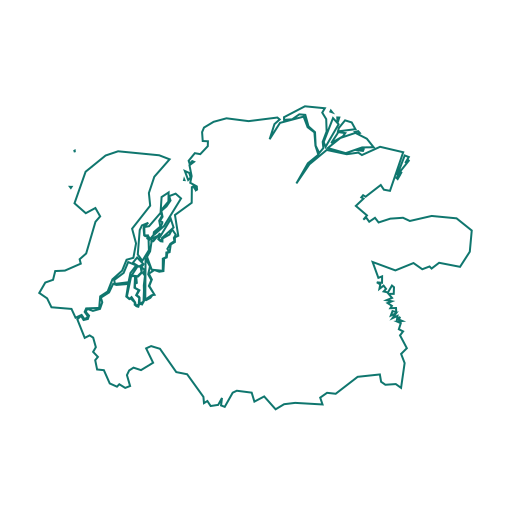 the district of Kubu Raya, Kalimantan Barat, Indonesia, rotated 95°
{"feature_id": "22746128B69090577702614", "entity_name": "Kubu Raya", "entity_type": "district", "adm_level": 2, "iso_a3": "IDN", "parent_name": "Indonesia", "parent_adm1": "Kalimantan Barat", "projection": "albers", "projection_center": [109.326, -0.379], "detail": "fine", "context": "isolated", "style": "outline", "palette": "teal", "viewbox_px": 512, "rotation_deg": 95, "n_neighbors": 0, "source": "geoboundaries", "source_scale": "gbopen_adm2", "svg_char_len": 6173}
<svg xmlns="http://www.w3.org/2000/svg" viewBox="0 0 512 512"><g transform="rotate(95 256 256)"><path d="M395.7,381.0L398.8,374.8L396.5,370.1L385.9,374.2L381.1,372.4L377.9,368.3L379.7,360.6L371.3,349.2L357.6,357.4L354.9,352.7L356.8,343.6L378.6,325.3L379.8,314.3L400.9,296.1L407.1,295.0L404.7,291.8L409.4,288.1L407.6,280.7L400.4,277.5L407.9,277.8L409.0,274.0L394.2,267.3L391.9,263.4L392.5,248.4L401.2,244.9L395.2,235.6L407.0,223.1L401.2,215.1L398.9,204.2L398.1,176.8L391.5,179.7L386.1,173.3L386.3,164.6L367.5,144.2L363.2,122.3L370.4,120.4L373.0,115.9L371.4,105.6L374.7,100.0L349.7,98.6L340.9,102.9L334.7,97.7L322.5,105.6L318.3,102.9L316.5,107.3L310.3,105.9L309.0,109.7L308.0,104.6L306.8,108.2L304.1,107.1L307.0,110.0L303.3,109.8L306.0,114.6L301.0,111.6L303.6,116.5L299.0,115.2L299.6,111.4L295.6,112.0L296.3,117.6L293.8,116.3L291.4,120.8L289.3,116.7L288.7,122.2L285.9,116.8L282.2,120.6L281.7,115.5L275.1,115.8L273.6,118.0L280.8,121.4L280.2,125.7L277.4,123.6L274.4,126.3L278.0,130.2L273.5,129.7L271.7,133.3L271.7,128.1L265.3,128.6L267.1,132.2L251.8,139.3L258.2,115.9L249.3,98.5L254.7,89.2L251.3,82.2L253.2,80.0L246.8,73.0L249.0,51.8L233.1,43.4L211.8,43.3L201.0,59.5L200.8,84.5L207.7,105.8L205.1,112.9L207.1,125.5L211.9,136.8L207.6,140.8L212.0,146.2L208.1,149.6L210.4,152.2L205.9,149.0L197.4,160.9L189.5,153.9L188.4,156.2L186.1,154.6L187.4,152.0L174.4,137.9L178.8,134.4L179.4,128.2L139.8,118.4L136.4,141.9L146.2,159.3L144.1,163.1L146.7,174.5L144.2,194.8L160.0,210.8L180.2,222.1L159.1,212.4L149.7,202.7L140.9,206.4L127.7,208.6L123.2,215.8L113.0,220.7L121.3,243.7L138.5,252.6L123.0,249.1L117.9,244.3L116.2,246.8L122.3,275.1L121.4,297.4L126.0,309.9L132.6,319.0L137.3,320.5L146.1,319.1L145.9,313.9L150.8,313.6L159.4,320.4L158.9,325.9L167.0,331.4L169.8,330.2L167.0,327.8L167.6,326.0L171.4,330.2L182.0,327.1L188.8,327.9L191.8,321.1L194.9,320.5L195.5,321.0L195.3,322.0L192.2,324.5L193.0,325.9L208.6,324.7L222.2,340.3L242.6,335.2L244.5,338.4L249.1,338.0L251.9,341.9L259.7,342.4L260.6,344.6L265.2,344.8L266.4,347.3L279.1,346.9L280.1,351.0L278.8,356.0L283.0,361.2L288.5,357.7L295.2,359.7L303.5,353.7L304.0,355.8L306.9,357.6L309.6,361.7L309.2,362.7L307.0,363.5L310.9,363.8L314.2,365.3L313.8,366.4L314.1,367.4L313.9,368.2L316.8,368.8L316.6,370.2L315.1,372.6L312.8,372.7L310.2,375.9L308.5,376.6L309.7,377.5L310.0,378.4L307.7,381.7L295.0,380.8L297.0,392.5L296.2,395.9L305.1,399.2L311.0,406.9L315.5,405.1L322.3,406.8L324.9,413.7L323.4,419.4L326.5,420.8L330.0,417.1L333.4,418.0L334.8,422.2L330.9,425.0L334.6,428.5L352.5,419.5L349.6,414.8L351.5,411.1L360.8,407.6L365.7,409.9L370.3,404.7L373.8,407.1L382.9,404.4L383.0,397.6L395.7,390.6L398.3,383.1L395.7,381.0ZM167.2,350.5L164.1,361.2L163.7,402.5L169.0,414.6L186.9,433.1L219.3,441.4L228.2,429.3L222.2,420.2L230.1,414.7L235.9,418.9L268.3,425.4L274.6,431.4L278.9,429.9L287.2,445.1L288.5,454.7L297.4,456.1L300.8,463.6L311.7,468.7L316.4,460.4L324.9,455.3L324.8,435.2L333.2,430.4L329.9,424.6L334.0,421.2L331.1,418.0L326.6,421.8L323.0,420.6L321.4,407.7L309.8,407.7L304.3,400.7L291.8,397.0L282.3,388.1L271.0,384.6L268.5,378.0L253.9,376.6L239.6,381.8L215.1,365.8L202.6,368.2L185.9,364.2L167.2,350.5ZM125.8,196.5L113.5,198.0L107.4,202.5L102.8,200.3L102.6,220.3L115.3,240.2L117.9,239.9L116.7,231.9L111.1,225.2L111.1,219.2L122.3,215.0L127.5,208.0L140.9,206.2L147.9,202.0L142.6,198.3L136.5,199.5L125.8,196.5ZM245.1,339.4L241.7,337.8L236.8,341.9L242.2,344.1L246.7,350.7L249.7,350.5L249.6,352.3L247.8,354.8L241.7,353.6L250.1,359.5L250.4,359.9L250.4,361.3L260.6,361.9L266.3,364.5L278.7,358.7L278.9,347.6L266.8,348.6L264.9,345.4L260.3,345.6L259.4,343.0L256.6,344.9L251.3,342.4L248.3,338.6L245.1,339.4ZM145.7,175.6L138.6,159.8L137.4,148.3L129.5,155.8L124.7,167.7L131.1,182.3L142.2,193.9L145.7,175.6ZM205.2,335.7L200.9,341.5L203.9,347.7L208.2,346.0L214.4,349.5L219.3,354.2L225.1,352.5L229.5,354.8L230.4,352.3L231.3,352.2L235.5,353.6L240.0,356.7L241.4,359.4L243.0,358.6L234.1,350.2L205.2,335.7ZM259.5,363.2L249.5,364.4L248.1,363.3L248.2,365.5L247.9,365.9L245.0,365.9L245.9,368.0L245.2,369.2L238.1,370.4L236.5,370.1L232.3,366.2L235.5,372.3L240.3,374.1L264.8,373.9L270.7,368.8L259.5,363.2ZM311.2,364.1L300.1,364.6L295.2,365.2L285.3,364.9L283.3,366.7L279.5,365.8L277.2,368.9L282.7,368.4L286.7,371.7L287.2,373.5L293.2,372.4L294.3,374.2L298.3,373.7L300.3,369.2L305.6,371.6L306.7,369.1L307.6,368.4L314.0,367.7L311.2,364.1ZM283.9,379.6L275.8,374.5L273.2,382.8L284.4,386.4L292.3,395.2L296.1,394.1L293.2,380.7L283.9,379.6ZM235.0,353.9L229.3,355.5L224.1,353.1L221.3,354.8L235.6,365.1L236.9,369.8L245.1,368.9L245.0,365.5L248.2,363.1L249.8,364.1L244.0,359.9L241.1,359.8L235.0,353.9ZM309.1,362.5L304.3,356.7L303.2,353.9L295.2,360.1L289.1,358.2L283.6,361.8L275.6,360.7L268.2,365.8L309.1,362.5ZM141.2,196.2L117.6,185.2L111.9,191.3L136.5,198.5L141.2,196.2ZM314.8,368.6L307.8,368.7L305.5,372.0L300.3,369.9L298.2,374.3L286.6,374.7L287.0,378.6L307.6,381.1L309.7,378.2L307.8,376.4L312.7,372.4L315.8,371.4L314.8,368.6ZM234.8,340.6L226.5,344.1L247.7,354.5L249.1,351.3L246.2,351.2L234.8,340.6ZM124.7,185.2L121.0,168.0L114.6,172.3L113.1,179.1L121.2,184.6L124.7,185.2ZM147.0,111.6L150.3,115.4L144.1,112.4L142.9,116.6L163.3,122.4L147.0,111.6ZM209.4,348.0L200.3,348.6L205.5,355.2L219.1,354.9L209.4,348.0ZM136.9,190.9L129.2,179.8L125.8,177.8L125.4,184.7L136.9,190.9ZM277.5,369.8L274.5,367.4L276.6,369.7L276.9,373.2L286.2,378.2L286.5,372.2L282.1,368.6L277.5,369.8ZM273.5,378.1L276.7,371.7L273.8,367.5L267.9,374.3L273.5,378.1ZM183.5,327.9L179.1,329.7L177.5,334.3L186.2,330.2L183.5,327.9ZM245.8,358.0L247.6,361.3L250.1,361.5L250.0,359.6L245.8,358.0ZM141.8,163.4L142.0,158.6L140.4,158.1L140.1,160.0L141.8,163.4ZM123.7,168.0L125.3,165.5L124.4,163.3L122.7,165.1L123.7,168.0ZM195.1,322.0L192.2,321.2L191.9,323.8L195.1,322.0ZM110.8,185.1L110.9,187.1L114.9,186.6L114.9,186.0L110.8,185.1ZM164.8,122.2L163.8,120.1L161.0,118.9L163.0,121.3L164.8,122.2ZM166.1,122.7L167.0,121.6L164.9,120.6L166.1,122.7ZM105.7,194.5L106.2,192.6L104.6,194.1L105.7,194.5ZM168.4,445.5L166.8,445.8L167.0,446.1L168.4,445.5ZM204.3,446.4L203.2,445.8L203.3,447.3L204.3,446.4ZM160.3,119.0L160.7,118.7L159.5,118.1L160.3,119.0ZM186.6,334.3L186.6,333.9L186.0,334.2L186.6,334.3Z" fill="none" stroke="#0f766e" stroke-width="2"/></g></svg>